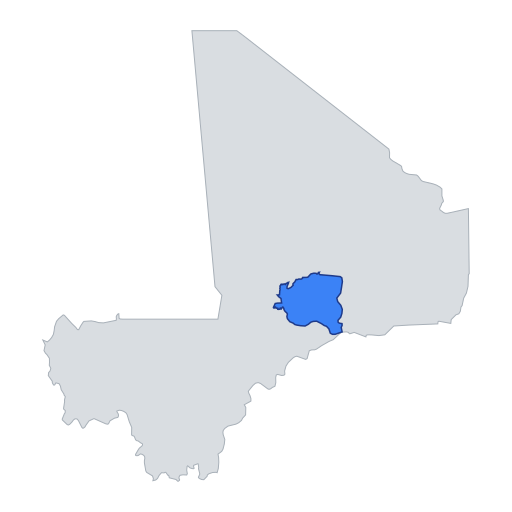 location of Gourma-Rharous, Timbuktu, Mali
{"feature_id": "8926073B81360088660364", "entity_name": "Gourma-Rharous", "entity_type": "district", "adm_level": 2, "iso_a3": "MLI", "parent_name": "Mali", "parent_adm1": "Timbuktu", "projection": "natural_earth1", "projection_center": [-2.501, 16.02], "detail": "fine", "context": "in_parent", "style": "filled", "palette": "blue", "viewbox_px": 512, "rotation_deg": 0, "n_neighbors": 0, "source": "geoboundaries", "source_scale": "gbopen_adm2", "svg_char_len": 6134}
<svg xmlns="http://www.w3.org/2000/svg" viewBox="0 0 512 512"><path d="M65.1,412.8L65.3,410.6L63.6,409.0L63.6,408.2L64.6,401.6L64.5,399.9L65.3,396.6L64.1,395.1L63.9,394.0L61.2,389.7L60.4,386.0L59.0,383.6L55.9,382.9L54.7,384.9L53.9,385.2L52.8,383.8L52.3,382.5L52.3,381.3L48.3,375.6L48.6,372.6L50.1,370.9L50.8,368.3L49.3,365.3L49.5,362.3L49.4,358.3L47.0,354.7L45.4,353.1L44.0,350.6L45.2,344.9L42.8,340.0L47.3,341.9L49.5,340.1L51.6,337.6L53.4,334.4L54.2,330.3L54.6,326.8L56.5,321.3L58.7,318.7L63.2,314.9L64.4,315.3L71.7,323.4L75.9,327.5L77.4,329.6L78.7,329.7L80.8,325.7L83.0,322.3L83.9,321.4L91.3,320.9L95.2,321.6L98.6,322.6L103.4,322.9L116.2,320.3L116.4,318.7L116.2,316.8L116.8,315.3L117.9,314.0L118.8,313.7L119.1,318.3L120.2,319.0L123.2,319.2L217.9,319.2L221.9,295.3L215.0,286.7L191.9,30.7L236.8,30.7L244.5,36.5L388.9,149.1L389.6,152.7L389.5,157.7L390.6,159.2L392.7,160.9L400.9,165.7L401.6,166.6L401.9,168.6L402.9,171.1L404.6,172.5L406.6,173.5L409.1,174.3L416.6,175.0L418.1,176.2L421.4,180.6L423.1,181.5L433.2,183.9L436.5,185.1L440.0,187.1L441.9,188.9L441.9,195.9L443.3,200.4L443.3,201.6L441.7,203.4L441.4,204.8L439.6,208.4L439.9,209.8L443.5,212.5L445.2,213.3L447.2,213.3L468.4,208.6L469.2,273.7L468.4,274.7L468.0,286.3L466.4,293.1L463.7,298.1L462.1,305.6L461.0,307.0L460.3,311.3L458.8,313.8L456.0,314.8L451.2,319.6L450.8,323.4L439.3,321.3L438.5,321.3L438.0,321.8L437.8,323.9L408.3,325.1L393.8,326.0L384.8,334.8L378.9,335.6L371.5,334.9L367.7,334.8L366.2,335.3L365.9,336.9L354.2,332.4L349.8,333.8L349.1,333.4L348.5,332.4L346.4,331.9L343.0,332.1L340.6,332.8L333.2,339.7L329.1,341.4L321.7,345.6L316.5,349.1L314.6,349.8L311.7,349.9L309.3,350.7L307.1,358.6L305.7,359.4L296.8,356.2L295.0,356.7L293.4,357.6L288.4,362.3L286.0,366.0L284.6,371.0L284.9,374.2L284.0,375.2L281.7,375.5L277.6,374.4L276.3,374.9L275.7,377.3L275.8,382.7L274.9,386.3L272.4,387.4L270.5,388.9L269.0,389.3L267.8,388.9L260.6,383.5L258.2,382.6L255.5,383.2L252.9,385.5L248.3,391.2L248.8,393.2L250.0,395.6L250.9,398.5L250.9,401.1L244.3,404.7L245.8,407.5L245.6,414.9L242.6,418.2L241.5,420.4L238.6,422.8L236.0,424.1L228.0,426.1L224.8,428.4L223.3,430.3L222.9,432.3L223.2,434.7L224.8,439.5L224.3,444.0L223.0,449.1L221.7,451.4L218.0,454.1L218.6,457.4L218.8,462.3L218.3,468.5L217.1,472.7L216.2,472.3L212.6,472.5L208.8,473.8L207.4,474.9L207.1,476.3L203.8,479.7L201.6,479.5L199.6,478.6L198.5,477.7L198.4,477.2L199.7,474.4L199.7,473.5L198.5,468.7L198.7,467.5L198.2,463.9L197.9,463.7L193.7,465.3L193.5,466.0L194.1,468.3L193.7,468.7L192.2,468.6L190.0,467.9L187.7,465.8L187.1,466.4L186.9,468.1L186.7,470.1L187.3,473.7L186.7,475.0L183.0,474.8L180.0,475.3L179.2,476.6L178.9,478.0L179.6,479.6L179.5,480.3L178.2,481.3L177.7,481.2L176.0,479.5L169.3,477.8L168.7,475.3L167.9,475.3L165.8,472.3L164.9,472.4L164.1,472.9L161.5,472.7L159.2,475.3L157.5,478.5L155.7,480.0L152.9,480.7L153.4,478.7L152.5,475.9L146.7,472.4L145.8,470.9L144.4,462.9L144.4,460.6L144.8,458.5L144.7,456.9L144.0,455.6L142.3,454.4L140.5,453.9L138.2,455.5L137.1,455.7L136.0,455.6L135.5,455.1L135.6,454.3L138.1,450.0L139.3,448.2L141.8,446.1L142.5,445.1L142.5,444.3L142.3,443.7L140.7,442.9L138.1,440.9L136.8,440.7L135.6,439.8L134.4,436.7L133.9,436.1L132.7,435.7L131.6,435.0L131.7,427.4L129.3,421.8L127.1,414.6L126.0,412.9L124.0,411.5L121.5,410.5L119.3,410.2L116.9,411.0L116.9,411.7L118.3,414.0L118.5,415.3L118.3,416.5L117.8,417.4L114.4,418.2L110.0,420.8L108.5,423.8L107.5,424.2L105.7,423.8L94.0,418.6L89.0,420.9L85.8,425.4L85.0,426.9L83.5,428.1L82.7,428.2L81.8,427.3L78.4,420.5L76.9,418.9L75.1,418.8L73.5,419.9L71.8,422.2L69.7,424.3L68.4,425.0L67.2,424.6L62.4,420.0L62.2,419.1L64.4,413.7L65.1,412.8Z" fill="#d9dde1" stroke="#a8b0b8" stroke-width="1"/><path d="M319.3,272.3L318.4,272.4L317.8,273.7L317.2,274.0L316.6,273.9L316.1,273.3L313.8,273.2L312.6,273.5L311.0,273.9L310.6,274.2L307.8,277.2L306.4,277.4L304.4,277.4L303.6,277.6L303.0,277.3L302.5,277.6L302.2,278.5L301.5,279.0L300.8,279.1L299.8,279.1L299.3,279.0L298.5,279.1L297.7,279.5L297.2,279.6L296.6,279.5L296.1,279.5L295.0,281.5L294.9,281.8L294.0,282.7L293.0,283.7L292.9,284.3L293.2,285.2L291.0,287.4L288.3,288.7L287.1,288.4L287.0,287.5L287.1,286.4L287.5,285.4L288.5,283.0L288.6,282.4L288.3,282.6L288.3,282.8L288.0,282.8L287.8,282.7L287.7,282.6L287.5,282.8L287.6,283.1L287.4,283.3L287.2,283.4L286.8,283.3L286.5,283.2L286.3,283.3L286.2,283.5L285.9,283.7L285.7,283.8L285.7,284.0L285.4,284.4L285.4,284.5L285.2,284.6L285.0,284.4L284.8,284.1L284.6,284.0L284.3,283.9L284.0,283.9L283.7,284.1L283.4,284.3L283.1,284.5L282.9,284.6L282.6,284.6L282.6,284.4L282.4,284.2L282.0,284.1L281.7,284.2L281.6,284.3L281.3,284.3L281.1,284.3L280.9,284.4L280.9,284.8L280.7,285.1L280.5,285.4L280.4,285.4L280.5,285.4L280.3,285.6L280.1,285.9L279.9,286.1L280.0,286.4L280.1,286.6L280.1,287.1L280.2,287.3L280.2,287.5L280.0,287.9L279.8,288.2L280.0,288.7L280.0,289.1L280.1,289.5L280.1,289.8L280.0,290.2L279.8,290.4L279.5,294.8L277.3,295.0L277.6,295.3L277.8,295.5L278.0,295.7L278.2,296.1L278.3,296.4L281.0,298.5L281.6,303.0L277.6,303.1L275.2,303.5L273.8,306.6L273.4,307.4L273.6,307.9L274.2,308.0L275.1,307.9L275.0,307.4L275.2,307.1L275.4,307.0L275.6,307.1L275.9,307.4L276.0,307.8L276.4,308.2L276.6,308.2L276.8,308.2L277.0,308.2L277.3,308.2L277.6,308.2L277.8,308.2L277.9,308.4L277.9,308.7L277.9,309.0L277.8,309.3L278.4,309.4L280.0,309.2L280.2,308.9L280.1,308.6L280.2,308.1L280.6,308.0L280.9,308.2L281.0,308.9L281.3,309.0L281.6,308.4L281.9,307.9L282.3,307.5L282.5,307.1L283.1,307.2L283.3,307.9L283.8,308.3L283.9,309.2L284.3,310.2L284.8,311.0L285.6,311.9L286.6,312.7L287.4,314.0L286.9,316.6L287.4,318.7L289.8,321.7L293.1,323.1L294.8,324.5L296.9,325.1L300.6,325.7L305.1,326.0L308.3,324.3L311.0,322.1L313.3,321.4L316.7,321.2L321.4,323.6L324.2,325.5L326.5,326.3L328.9,328.9L330.3,333.2L332.4,334.3L335.1,334.3L341.0,332.3L341.2,332.2L341.3,332.1L341.7,331.9L341.9,331.8L342.1,331.8L341.2,327.5L342.1,325.3L342.0,323.6L339.4,323.2L338.1,322.2L338.0,320.3L340.7,317.2L341.9,313.4L342.3,309.4L340.8,305.3L337.7,301.6L336.8,298.1L340.6,293.1L341.6,286.9L341.8,285.4L342.4,281.6L341.8,277.8L340.2,276.6L336.3,276.2L331.8,275.7L319.9,274.7L318.7,273.2L319.3,272.3Z" fill="#3b82f6" stroke="#1e3a8a" stroke-width="1.5"/></svg>